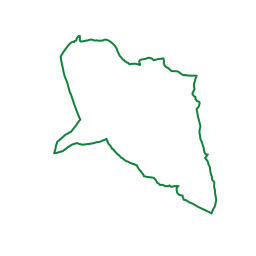 outline of Kongwa, Dodoma, United Republic of Tanzania, rotated 169°
{"feature_id": "72390352B66245716936383", "entity_name": "Kongwa", "entity_type": "district", "adm_level": 2, "iso_a3": "TZA", "parent_name": "United Republic of Tanzania", "parent_adm1": "Dodoma", "projection": "albers", "projection_center": [36.568, -5.974], "detail": "fine", "context": "isolated", "style": "outline", "palette": "green", "viewbox_px": 256, "rotation_deg": 169, "n_neighbors": 0, "source": "geoboundaries", "source_scale": "gbopen_adm2", "svg_char_len": 5758}
<svg xmlns="http://www.w3.org/2000/svg" viewBox="0 0 256 256"><g transform="rotate(169 128 128)"><path d="M50.8,166.1L52.3,166.7L55.6,167.2L60.0,168.3L60.9,168.6L61.2,169.0L61.5,169.1L62.0,169.1L62.5,169.0L63.2,169.1L63.4,169.3L63.8,169.6L65.0,170.4L65.3,170.7L66.1,171.7L66.6,172.2L67.6,173.4L68.2,173.9L68.7,174.1L71.1,174.8L74.5,175.6L75.1,176.4L75.8,177.5L76.3,178.0L76.7,178.6L77.0,179.1L77.5,179.5L78.3,179.9L78.7,180.3L79.1,180.6L79.6,181.3L80.0,182.1L80.2,182.8L80.3,183.6L80.5,184.5L80.5,185.1L79.9,186.7L79.9,187.6L80.0,188.2L79.9,189.1L80.1,189.7L81.1,189.7L82.5,189.6L82.8,189.8L84.5,189.8L85.7,190.0L87.0,189.7L88.8,189.7L89.9,189.6L91.1,191.3L91.9,192.0L94.0,193.0L95.6,193.0L96.5,192.8L97.2,192.5L97.8,192.6L99.6,192.6L100.7,192.6L101.8,192.6L102.8,192.5L103.3,192.3L104.0,191.8L104.2,191.3L104.3,191.0L104.2,189.4L103.9,188.6L103.9,188.0L104.1,187.7L104.7,187.6L104.9,187.8L105.2,188.1L105.8,188.6L106.6,188.8L107.7,189.4L108.9,189.8L110.7,190.0L112.2,190.3L114.1,190.2L114.5,190.3L115.2,191.7L116.1,192.1L117.2,193.1L117.7,193.8L118.4,194.1L118.9,195.3L119.8,195.9L121.1,198.4L121.6,199.2L122.5,200.7L122.7,201.8L123.2,203.5L124.1,208.6L124.7,209.9L125.0,211.1L126.3,213.0L127.5,214.6L128.6,215.8L130.5,217.6L131.7,218.4L132.8,218.9L133.7,219.1L134.6,219.1L135.7,218.7L136.2,218.7L138.4,219.0L139.2,219.1L140.2,219.3L141.7,219.9L141.8,220.0L142.6,220.1L143.2,220.1L143.8,220.2L144.8,220.5L145.2,221.0L145.7,221.2L147.3,221.9L148.8,221.9L151.2,221.6L151.9,221.8L153.6,221.7L156.1,221.7L157.3,221.8L158.1,222.1L158.4,222.5L158.4,223.0L158.6,223.6L158.0,225.2L158.2,225.8L158.3,226.4L158.1,226.7L157.8,226.9L157.7,227.3L158.0,227.5L158.4,227.6L158.7,227.7L159.5,227.3L160.4,226.6L161.2,225.7L161.7,224.6L161.8,224.3L162.5,223.7L162.9,223.6L163.5,223.6L164.2,223.4L164.3,222.9L164.5,222.7L164.9,222.9L165.3,223.0L166.3,223.1L167.1,222.9L167.9,222.5L169.5,221.5L171.8,219.7L172.7,218.8L173.3,218.2L174.4,217.3L175.2,216.4L176.9,215.0L177.7,214.0L178.7,212.9L180.2,211.5L180.3,211.3L180.7,208.3L180.7,206.3L180.6,201.0L180.6,200.2L180.5,194.4L180.3,190.9L180.0,189.3L179.5,187.0L179.2,185.6L179.0,183.5L178.5,178.1L178.5,177.1L178.4,176.2L178.4,174.9L177.6,171.8L177.2,168.4L176.8,166.3L176.4,162.1L176.3,161.6L176.0,159.8L174.4,150.4L174.0,148.9L173.7,147.0L173.2,145.8L173.2,145.5L173.8,144.9L174.7,144.2L179.0,140.0L182.4,137.1L183.9,135.8L184.4,135.3L185.5,134.9L186.8,134.6L187.4,134.3L188.5,133.9L189.7,133.7L190.8,133.3L191.7,132.8L193.5,131.6L194.3,131.3L195.2,130.6L196.2,130.0L196.8,129.8L197.4,129.4L199.3,128.4L200.2,127.8L200.6,126.8L202.1,124.2L202.8,122.3L204.7,118.3L205.2,117.5L205.2,117.3L204.1,117.3L202.3,117.2L197.8,117.7L196.5,117.7L193.3,119.3L191.1,120.4L188.2,121.6L187.9,121.8L187.2,121.9L186.9,122.0L186.7,122.2L185.9,122.4L184.9,122.5L183.7,122.7L182.6,122.8L182.2,122.8L181.4,123.0L180.8,122.8L180.3,122.5L179.7,122.2L179.1,121.7L178.5,121.4L178.1,121.4L177.0,120.7L176.0,120.4L175.0,120.2L174.0,120.1L171.3,120.0L168.4,119.7L167.7,119.7L167.3,119.7L165.9,119.8L165.4,119.7L164.6,119.6L163.1,119.9L162.6,119.9L162.0,120.0L160.9,120.0L159.9,119.8L159.2,119.9L157.9,119.9L157.1,120.1L156.0,120.2L155.1,120.6L154.6,120.7L154.0,120.6L152.8,120.8L152.2,121.0L151.9,121.1L151.6,121.4L151.3,121.4L150.5,117.9L150.4,117.4L150.3,117.0L150.3,116.8L149.9,115.8L149.3,114.9L148.0,112.3L147.8,111.5L147.4,110.7L146.8,110.0L146.7,109.9L146.8,109.9L146.6,109.7L145.4,107.6L144.1,105.6L143.0,103.9L142.9,103.7L142.5,103.6L141.6,102.2L140.7,100.6L139.6,99.6L139.0,99.1L138.2,98.0L137.7,97.6L136.7,96.4L136.4,96.2L135.9,95.7L134.6,95.1L132.7,93.5L131.3,92.7L131.1,92.5L130.4,91.9L129.8,91.6L129.1,91.5L129.1,91.3L127.3,90.2L127.2,90.0L126.8,89.6L126.4,89.5L126.3,88.8L126.0,87.7L125.7,87.2L125.5,86.1L125.2,85.7L125.1,85.3L124.5,84.3L124.4,84.0L123.6,83.1L123.0,81.6L122.8,80.9L122.3,80.2L122.0,79.6L121.9,79.4L121.8,79.0L121.8,78.6L121.7,78.4L121.7,78.2L121.6,77.7L121.0,77.4L118.7,76.4L117.3,75.9L115.9,75.5L114.9,75.1L113.2,74.6L112.3,74.0L112.0,74.0L111.8,73.5L111.0,72.2L110.6,71.3L110.5,71.0L110.3,70.6L109.9,69.1L109.6,68.4L108.6,67.7L107.7,66.3L107.5,66.0L107.1,65.9L106.0,65.9L105.2,65.6L104.8,65.4L104.3,65.2L103.7,64.8L103.2,64.3L102.9,64.1L102.6,63.7L101.7,63.7L100.7,63.4L100.2,63.4L100.0,63.2L99.8,63.2L99.6,63.2L99.5,63.3L98.6,63.6L98.3,63.7L98.2,63.7L97.9,63.2L97.3,62.7L97.0,62.3L96.7,62.0L96.4,62.0L95.8,62.0L95.5,61.8L94.8,62.0L94.2,62.0L93.5,62.2L93.1,62.1L92.9,62.0L92.8,61.8L92.5,61.7L91.7,61.7L91.0,61.7L90.4,61.6L89.8,61.3L90.5,60.7L91.4,59.9L91.8,59.3L92.0,58.7L92.1,58.2L92.1,55.6L91.8,54.4L91.5,54.0L91.0,53.4L90.8,53.0L90.3,52.5L89.1,52.0L88.1,51.5L87.4,51.2L87.5,50.8L87.4,49.9L87.3,49.2L87.0,48.5L87.1,47.5L86.8,46.9L86.0,46.5L85.2,46.3L84.1,45.3L81.3,42.9L80.0,42.1L78.2,40.7L74.2,37.2L72.0,35.6L70.1,34.0L68.6,33.2L66.8,31.7L64.7,30.3L62.4,28.3L61.8,29.0L59.9,32.0L58.0,34.1L57.0,35.9L56.3,37.8L55.0,40.7L55.0,47.9L54.5,50.3L54.7,53.6L53.7,58.3L53.9,59.0L54.8,60.3L55.3,61.7L55.0,64.4L55.5,68.5L55.2,73.3L55.4,75.3L55.9,76.4L55.9,77.4L55.9,78.5L56.0,79.0L56.0,79.7L56.3,80.2L56.4,80.8L57.2,82.1L58.0,83.8L57.7,84.0L55.0,86.7L55.8,87.0L56.8,87.6L57.3,88.8L57.6,89.7L57.6,92.8L57.5,94.7L57.8,95.7L58.2,100.1L58.5,101.2L58.9,102.9L59.0,104.3L58.7,106.1L58.7,107.6L58.8,108.8L58.7,110.0L58.4,111.4L57.5,113.8L56.6,115.6L56.7,119.1L57.2,126.3L57.1,127.1L57.1,128.3L57.0,131.9L57.0,133.5L56.3,134.0L54.8,135.2L54.0,136.3L53.4,137.7L52.9,138.5L53.0,139.4L53.1,140.0L53.4,140.4L54.4,140.8L55.3,141.4L55.5,141.9L55.7,142.9L56.3,143.3L56.0,144.9L55.9,145.8L56.8,146.2L57.2,146.8L58.3,148.7L58.0,149.8L57.7,150.7L57.0,151.2L56.7,151.8L56.2,152.5L55.4,153.2L55.2,154.1L55.3,155.3L55.2,157.1L54.8,158.2L54.7,159.1L53.2,161.3L52.5,163.4L51.2,165.3L50.8,166.1Z" fill="none" stroke="#15803d" stroke-width="2"/></g></svg>